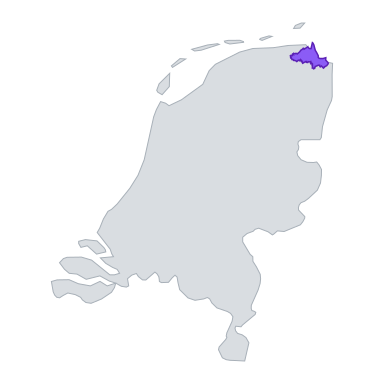 Eemsdelta, Groningen, Netherlands shown in context
{"feature_id": "6326949B5414348034711", "entity_name": "Eemsdelta", "entity_type": "district", "adm_level": 2, "iso_a3": "NLD", "parent_name": "Netherlands", "parent_adm1": "Groningen", "projection": "orthographic", "projection_center": [6.777, 53.348], "detail": "fine", "context": "in_parent", "style": "filled", "palette": "violet", "viewbox_px": 384, "rotation_deg": 0, "n_neighbors": 0, "source": "geoboundaries", "source_scale": "gbopen_adm2", "svg_char_len": 5758}
<svg xmlns="http://www.w3.org/2000/svg" viewBox="0 0 384 384"><path d="M244.7,361.0L237.1,360.6L230.1,360.3L226.3,359.7L222.4,357.8L220.6,354.1L218.5,349.7L219.1,347.0L225.8,339.4L226.9,337.2L226.2,336.1L226.9,332.7L232.1,321.3L232.9,316.7L230.6,313.4L227.4,311.5L216.9,307.9L211.9,303.0L209.6,298.8L207.3,297.5L203.8,298.9L195.0,300.3L188.0,297.9L179.7,289.7L178.0,282.6L177.1,277.1L175.0,275.2L172.1,277.9L168.5,282.3L161.4,282.6L159.4,281.5L159.2,279.1L158.8,276.7L157.0,273.8L154.9,272.1L145.8,280.0L142.5,279.9L138.4,276.6L136.4,273.5L131.8,275.1L127.5,278.7L128.7,285.9L126.4,287.1L121.4,286.3L115.7,283.1L109.4,281.1L99.9,275.9L86.2,279.3L77.0,274.1L69.2,273.3L64.5,269.3L59.5,262.7L63.4,258.6L67.1,257.3L81.4,257.1L91.6,260.1L109.8,274.8L114.5,274.8L119.6,273.3L117.2,269.4L112.6,267.4L105.8,263.4L100.4,257.9L113.5,256.7L111.8,253.9L110.2,249.2L97.2,232.5L99.7,228.2L103.4,219.0L108.0,211.3L111.5,209.4L117.2,204.0L129.9,188.2L138.0,175.3L144.2,159.8L153.7,116.8L156.4,109.6L160.6,101.6L165.6,103.2L169.0,105.7L181.4,99.8L202.8,84.3L209.2,70.6L215.4,64.3L239.6,52.1L252.9,48.5L273.3,47.7L288.0,45.5L305.8,44.7L312.5,52.5L316.4,58.1L322.8,61.2L332.6,63.3L332.1,74.5L332.2,96.6L331.5,100.5L327.2,109.9L322.5,126.6L321.3,137.6L319.9,139.7L301.0,139.7L298.3,141.6L297.9,144.0L298.8,146.8L298.4,149.6L296.9,151.9L297.7,155.6L301.0,159.7L307.0,162.3L313.4,162.5L316.7,162.0L319.1,165.0L321.5,169.5L321.4,175.3L320.5,183.0L317.4,190.1L308.6,198.3L304.7,201.2L301.0,202.7L299.2,204.9L298.4,207.6L298.6,210.1L304.8,216.6L304.7,218.2L302.9,221.6L300.4,224.8L284.1,231.5L277.4,230.9L273.6,234.2L272.4,234.9L268.1,231.8L258.7,228.2L255.1,229.3L253.1,231.3L247.1,233.5L242.7,237.2L242.7,241.9L250.1,254.3L252.8,256.7L252.9,261.3L256.5,267.0L260.2,274.3L260.6,278.8L260.1,283.5L258.1,290.0L251.3,305.3L251.2,308.3L251.8,310.5L254.0,311.2L255.8,312.3L255.2,314.4L242.6,324.9L241.0,326.8L235.8,326.2L235.0,328.0L235.6,330.8L237.6,333.4L242.1,334.8L245.9,337.5L248.9,342.8L244.7,361.0ZM115.7,283.1L114.5,287.5L111.5,292.3L101.5,299.0L91.1,303.3L85.9,302.5L82.4,299.9L80.6,297.3L75.2,294.6L67.8,293.0L63.1,295.5L59.6,297.8L56.8,297.3L54.7,295.1L53.2,291.8L51.4,281.5L57.1,279.9L69.1,279.7L78.3,283.7L90.4,285.9L100.0,281.4L107.2,285.9L115.7,283.1ZM97.0,240.9L103.9,247.6L105.3,249.7L105.8,251.9L96.6,254.1L87.3,245.8L80.9,247.4L78.7,243.6L78.7,241.3L85.4,239.6L97.0,240.9ZM169.3,86.6L162.1,94.7L157.9,92.3L156.7,90.3L159.1,83.8L169.7,73.3L169.3,86.6ZM201.2,50.2L194.6,51.0L191.7,49.3L207.5,45.0L217.5,43.7L219.3,44.4L201.2,50.2ZM243.6,42.3L229.8,44.0L225.1,42.5L224.4,41.1L228.1,40.4L239.9,40.3L243.5,41.6L243.6,42.3ZM185.7,59.0L172.5,67.4L171.4,65.9L180.0,58.6L185.7,59.0ZM300.1,28.1L293.6,28.5L295.4,25.4L301.4,23.0L304.7,23.0L300.1,28.1ZM272.0,36.4L262.1,40.4L259.7,39.5L260.3,38.4L269.0,35.9L272.0,36.4Z" fill="#d9dde1" stroke="#a8b0b8" stroke-width="1"/><path d="M302.7,63.3L303.7,62.7L305.6,61.6L305.8,61.9L306.0,61.8L306.1,61.7L306.4,61.6L306.4,61.9L306.6,62.4L307.3,62.5L307.8,62.5L307.9,62.3L308.0,62.1L308.1,61.9L308.2,61.7L308.3,61.7L308.5,61.7L308.9,61.8L309.8,61.8L310.0,61.7L310.1,61.8L310.2,61.7L310.3,61.6L310.5,61.6L310.8,61.5L311.0,62.5L310.9,62.5L311.0,62.9L311.3,63.0L311.0,63.3L310.8,63.5L310.7,63.5L310.8,63.7L310.8,63.8L311.2,63.8L311.4,63.8L311.6,63.8L312.2,63.8L312.3,63.8L312.2,64.5L312.3,64.5L312.2,65.0L312.4,65.0L312.3,65.6L312.5,65.6L312.5,67.0L312.4,67.0L312.3,68.0L312.5,68.0L312.8,68.0L313.2,68.5L313.3,68.5L313.7,68.8L314.3,67.9L314.7,68.2L314.8,68.0L314.9,67.9L314.9,67.7L314.9,67.4L315.2,66.8L315.2,66.6L315.3,66.5L315.3,66.4L315.9,66.3L316.5,66.0L317.1,65.8L317.1,65.7L317.6,65.5L318.3,65.2L318.5,65.2L319.4,65.2L319.6,65.2L319.6,65.9L320.2,66.8L320.3,66.7L320.5,66.7L320.8,66.5L321.0,66.4L321.1,66.2L321.3,66.1L321.5,66.0L322.1,66.7L322.8,67.5L322.9,67.4L323.5,68.1L324.3,67.4L324.2,67.3L324.1,67.2L324.6,66.7L326.7,65.7L328.2,63.7L328.1,62.7L325.7,60.1L325.8,57.7L323.0,58.5L320.0,58.5L319.1,58.2L318.3,57.6L318.2,57.1L318.3,56.2L318.2,55.6L316.5,52.3L315.8,51.2L315.3,50.3L314.6,47.8L313.9,45.0L313.3,43.8L312.7,42.8L312.4,42.6L311.0,48.6L309.8,48.6L309.7,48.6L309.1,48.3L309.0,48.2L308.6,47.9L308.1,47.3L307.9,47.2L307.7,47.0L307.7,46.9L304.1,49.2L303.8,48.6L303.7,48.7L303.5,48.4L303.4,48.4L303.2,48.3L302.7,48.9L302.6,49.0L302.3,49.3L302.2,49.4L301.8,49.6L301.7,49.7L301.6,49.8L301.4,49.8L301.0,50.1L300.9,50.2L299.9,51.5L299.7,51.8L299.5,52.0L299.3,52.2L298.6,52.8L298.4,53.0L298.2,53.2L298.1,53.3L297.9,53.4L297.7,53.5L297.5,53.8L297.4,53.9L297.0,53.6L296.9,53.7L296.7,53.6L296.4,53.5L296.2,53.6L296.1,53.4L295.9,53.4L295.9,53.5L295.6,53.7L295.4,53.6L295.2,53.5L294.9,53.5L294.7,53.6L294.4,53.7L294.2,53.7L293.9,53.7L293.7,53.5L293.6,53.8L293.4,53.9L293.1,53.9L293.2,54.2L292.9,54.0L292.7,54.0L292.4,54.2L292.4,54.3L292.5,54.8L292.5,55.0L292.4,55.2L292.4,55.3L292.2,55.3L292.1,55.5L292.0,55.4L291.9,55.4L291.8,55.5L291.7,55.6L291.2,55.6L291.0,55.4L290.9,55.4L290.9,55.5L290.7,55.5L290.3,55.8L290.5,56.3L290.7,56.6L290.9,56.5L290.9,56.9L290.6,57.0L290.4,57.0L290.2,57.1L290.4,57.1L290.7,57.9L290.9,57.8L291.3,57.8L291.4,58.0L291.6,58.4L291.5,58.5L292.0,59.6L292.6,59.6L293.2,59.6L293.5,60.2L293.6,60.4L293.9,60.3L294.0,60.3L294.3,60.3L294.5,60.4L294.8,60.6L295.2,60.6L295.4,60.7L295.6,60.7L295.7,60.8L296.0,60.9L296.2,61.0L296.3,61.1L296.6,61.5L296.8,61.6L298.0,60.5L298.2,60.2L298.3,60.2L298.5,60.2L298.6,60.3L298.8,60.4L299.0,60.5L299.4,60.7L299.5,60.8L299.7,60.7L299.7,60.4L299.8,60.3L299.8,60.2L300.0,59.9L300.3,59.8L300.5,59.9L300.6,60.0L300.7,59.9L300.9,60.0L300.9,59.9L301.0,60.0L300.9,60.0L301.0,60.1L300.7,60.4L300.7,60.5L300.8,60.7L301.0,61.0L301.3,61.5L301.5,61.4L301.8,61.8L302.0,61.8L302.1,61.6L302.5,62.1L302.7,62.3L302.7,62.8L302.5,63.0L302.7,63.3Z" fill="#8b5cf6" stroke="#5b21b6" stroke-width="1.5"/></svg>